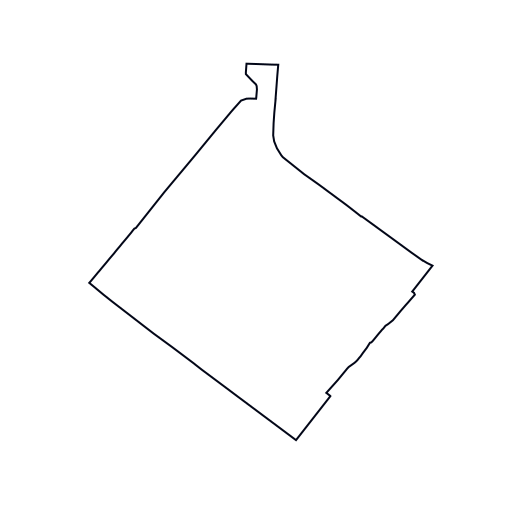 the district of 6 October-1, Al Jizah, Egypt, rotated 255°
{"feature_id": "37247803B48784531357995", "entity_name": "6 October-1", "entity_type": "district", "adm_level": 2, "iso_a3": "EGY", "parent_name": "Egypt", "parent_adm1": "Al Jizah", "projection": "natural_earth1", "projection_center": [30.968, 29.986], "detail": "fine", "context": "isolated", "style": "outline", "palette": "ink", "viewbox_px": 512, "rotation_deg": 255, "n_neighbors": 0, "source": "geoboundaries", "source_scale": "gbopen_adm2", "svg_char_len": 1768}
<svg xmlns="http://www.w3.org/2000/svg" viewBox="0 0 512 512"><g transform="rotate(255 256 256)"><path d="M314.2,147.3L313.9,145.5L312.3,143.3L310.8,141.4L308.2,137.7L308.0,137.4L307.8,137.2L304.4,132.3L303.2,130.6L303.1,130.4L300.6,127.0L299.1,124.8L297.9,123.1L296.6,121.3L295.3,119.6L291.4,113.9L288.5,109.9L283.7,103.0L283.4,102.6L283.1,102.2L281.9,100.5L281.2,99.4L278.0,94.9L274.6,90.1L273.2,88.0L257.8,98.9L249.3,105.2L207.5,137.1L190.0,151.2L178.9,159.9L167.5,168.8L167.4,168.8L160.1,174.3L140.2,190.0L124.4,202.4L67.8,247.0L101.4,291.6L101.5,291.6L105.6,288.5L113.3,300.3L115.0,302.9L116.8,305.4L118.8,308.2L120.8,311.0L122.5,313.4L123.4,314.6L124.8,316.8L126.1,320.3L127.3,323.5L128.4,325.7L129.4,327.3L130.9,329.3L132.0,331.0L133.6,332.9L134.7,334.2L136.0,335.9L137.2,337.4L138.4,339.0L139.8,340.5L141.3,342.1L142.7,343.6L142.7,345.0L143.6,346.6L146.1,350.1L148.2,353.0L149.7,355.1L150.9,356.9L152.2,358.7L152.4,359.1L153.0,360.2L155.1,363.0L155.9,365.6L158.5,371.6L165.7,381.8L169.7,387.7L171.7,390.8L173.9,394.0L177.5,399.4L179.5,399.1L181.2,397.7L201.0,424.0L201.2,423.8L201.5,423.4L204.9,419.5L208.7,415.8L208.6,415.7L218.7,407.3L227.4,400.3L241.3,389.1L266.9,368.4L266.9,368.1L266.9,367.8L275.3,361.5L281.4,356.9L299.1,342.8L308.8,335.1L322.5,323.7L341.5,309.7L343.3,308.4L344.5,307.5L346.7,306.5L354.6,304.1L362.0,303.2L366.9,303.7L368.0,303.8L379.8,307.4L390.0,310.9L402.3,315.5L402.3,315.4L413.4,319.3L425.1,323.4L435.0,327.0L436.7,321.1L440.9,307.5L444.2,296.6L435.9,293.7L434.3,293.3L426.0,297.8L421.7,300.4L419.9,300.6L416.6,300.0L409.1,297.3L407.9,296.8L409.6,291.1L410.4,287.6L410.0,281.8L404.1,272.8L404.0,272.7L403.9,272.5L401.6,269.1L387.9,249.6L369.0,223.2L341.5,184.1L314.2,147.3Z" fill="none" stroke="#020617" stroke-width="2"/></g></svg>